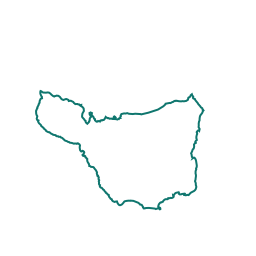 North West Malekula, Malampa, Vanuatu (Albers equal-area conic projection), rotated 309°
{"feature_id": "77236927B23242879306276", "entity_name": "North West Malekula", "entity_type": "district", "adm_level": 2, "iso_a3": "VUT", "parent_name": "Vanuatu", "parent_adm1": "Malampa", "projection": "albers", "projection_center": [167.222, -16.023], "detail": "fine", "context": "isolated", "style": "outline", "palette": "teal", "viewbox_px": 256, "rotation_deg": 309, "n_neighbors": 0, "source": "geoboundaries", "source_scale": "gbopen_adm2", "svg_char_len": 5751}
<svg xmlns="http://www.w3.org/2000/svg" viewBox="0 0 256 256"><g transform="rotate(309 128 128)"><path d="M170.5,141.9L169.8,142.2L167.1,141.8L161.2,139.7L152.7,134.2L146.9,129.7L146.8,129.1L143.6,124.6L141.9,123.0L139.6,119.7L139.1,118.1L137.6,116.9L136.9,115.8L134.7,114.1L132.9,114.5L132.7,115.0L131.4,115.2L130.7,115.4L130.7,115.6L129.8,115.0L129.3,115.2L129.2,114.9L128.0,114.5L127.1,112.7L126.2,111.5L126.6,111.4L128.3,111.8L128.5,111.0L128.4,110.2L128.0,110.3L127.7,110.0L127.0,110.3L126.8,110.7L126.3,110.8L125.1,110.0L125.1,109.6L124.8,109.1L123.5,107.7L123.5,106.7L122.9,106.1L123.0,105.8L122.5,104.9L122.6,103.7L120.2,104.2L119.4,104.0L118.9,104.1L118.0,103.0L117.6,103.1L117.3,102.9L117.1,102.3L116.5,101.9L115.9,102.0L116.0,101.8L115.0,101.3L114.6,100.3L114.0,100.3L113.7,100.0L113.3,99.9L113.1,99.3L113.2,97.5L114.1,96.8L113.9,95.7L114.6,94.7L114.9,94.0L115.0,93.5L114.8,93.2L115.2,92.1L115.3,91.4L116.9,90.6L116.5,89.1L115.4,88.7L115.2,89.0L114.6,89.4L114.2,90.2L113.8,92.2L113.2,92.3L112.8,92.1L111.4,92.3L110.6,92.7L110.0,93.3L108.6,93.8L108.4,93.6L107.6,93.9L105.7,93.7L105.8,91.8L106.5,90.7L106.8,90.6L106.8,89.5L107.2,88.4L107.6,85.7L108.2,84.9L110.5,83.5L113.5,83.0L115.3,81.2L115.7,79.2L115.5,77.7L116.5,77.1L115.9,76.6L115.4,77.0L115.3,76.0L115.6,75.3L114.9,74.2L114.9,73.7L114.6,73.3L113.4,72.0L113.5,70.9L113.4,70.3L113.8,69.1L113.2,66.4L111.7,65.0L112.1,64.5L112.3,64.0L111.8,62.0L111.4,61.5L109.1,60.1L108.7,58.6L108.7,57.7L109.3,55.5L109.2,53.7L108.2,52.1L107.1,51.5L106.6,50.9L106.0,50.8L105.7,49.5L105.7,47.4L105.9,46.2L105.8,44.4L105.1,43.2L103.8,42.0L102.2,39.8L102.0,39.1L102.0,37.6L101.7,36.8L100.9,37.1L99.5,38.3L98.4,40.2L98.0,41.6L97.5,41.9L97.1,42.4L97.0,42.5L96.0,41.8L95.4,41.8L93.3,42.4L92.0,43.4L91.6,43.3L90.9,43.6L90.2,43.6L89.8,44.0L87.1,44.5L86.7,45.0L86.2,44.9L85.7,45.2L84.9,45.3L84.3,45.6L83.4,45.8L81.3,47.7L80.5,48.9L80.1,50.1L77.8,51.2L77.3,52.0L77.1,52.6L77.2,52.9L77.6,53.6L77.5,53.8L76.6,53.9L76.2,54.5L75.7,55.8L75.5,58.5L74.9,59.4L75.0,60.2L74.9,61.0L75.0,62.2L74.6,62.8L74.6,65.4L74.2,66.1L74.4,67.9L75.0,69.5L75.3,69.7L75.2,71.5L75.7,73.6L75.6,74.1L76.8,76.1L76.9,76.5L76.6,77.1L76.7,77.7L77.6,78.9L77.5,79.6L77.7,79.9L78.6,80.9L78.4,81.8L78.7,82.5L78.9,83.4L78.7,84.7L78.8,85.0L78.7,86.0L78.5,86.4L78.9,87.8L79.3,88.7L79.4,89.9L80.0,91.1L79.9,91.8L81.1,93.9L81.8,95.9L82.4,96.3L83.2,97.4L83.5,98.2L84.2,98.3L84.6,98.8L84.7,100.6L84.3,101.6L83.5,102.1L82.8,102.4L81.7,103.5L80.6,104.8L80.3,106.3L80.5,106.7L80.9,107.0L81.6,107.0L81.9,107.8L81.8,108.9L81.3,109.5L79.4,109.8L78.7,109.7L78.8,110.2L78.5,110.0L78.2,110.2L78.1,110.8L79.1,112.0L79.2,112.5L79.0,112.8L78.7,112.9L78.4,113.5L78.6,114.4L78.3,114.8L78.2,115.3L78.3,115.8L76.8,117.0L76.0,118.5L75.7,119.5L75.7,119.9L75.2,120.4L74.5,121.6L74.1,121.9L74.5,122.5L74.6,123.0L74.5,123.7L75.7,125.4L75.8,126.5L75.5,127.0L74.9,130.0L74.4,130.8L74.1,131.8L73.2,132.2L72.0,133.8L72.1,134.4L71.5,134.5L71.4,134.8L71.6,135.1L71.6,135.5L71.2,136.4L69.9,137.1L69.5,137.7L69.5,138.1L69.3,138.5L68.2,138.8L67.6,139.7L66.3,140.6L65.9,141.3L66.0,142.2L65.0,142.7L64.6,143.5L64.5,144.2L65.0,145.2L64.8,146.2L64.8,146.6L64.5,147.2L64.7,148.3L64.1,149.9L64.1,151.1L63.7,151.6L63.9,152.7L63.5,154.1L63.8,154.7L63.9,155.1L63.8,155.3L63.2,155.7L62.5,157.0L62.3,158.5L62.0,159.1L62.3,159.8L62.4,160.3L61.8,161.0L61.6,162.2L62.1,164.1L62.8,164.5L64.0,165.6L63.0,167.3L62.6,169.0L62.6,169.5L62.9,170.3L63.5,170.8L64.9,171.4L67.1,171.5L68.4,171.4L69.0,171.6L70.5,172.8L72.0,174.3L72.9,175.6L73.1,175.6L74.8,178.1L76.4,183.2L76.3,184.2L76.4,184.7L76.1,185.6L76.9,187.0L76.0,189.6L75.7,189.7L75.6,190.5L75.4,190.8L76.1,191.7L76.5,191.8L77.2,192.4L79.1,194.6L82.3,199.6L82.5,200.6L84.2,201.7L84.9,202.5L85.1,202.9L84.8,203.5L84.8,203.9L85.3,204.2L85.6,204.0L86.1,203.3L85.8,201.4L85.9,201.0L86.3,200.7L88.1,200.0L90.1,200.0L91.0,200.4L91.3,200.9L91.9,201.0L92.6,201.5L93.3,201.3L94.8,201.4L96.0,201.8L96.6,202.3L97.5,203.5L98.2,203.7L98.8,203.4L99.7,204.6L100.3,204.8L100.8,205.7L101.5,206.3L102.1,206.6L103.0,206.8L103.6,206.6L103.9,206.2L103.8,205.7L104.0,205.5L104.0,205.9L104.3,205.9L106.4,205.7L107.6,206.0L108.9,206.9L109.5,207.6L109.5,208.1L109.8,208.1L109.5,208.8L108.9,209.1L109.0,210.1L109.8,211.0L110.6,211.4L112.7,213.4L112.7,213.5L112.3,213.5L111.4,213.3L111.2,213.6L112.1,215.3L113.4,216.2L114.0,217.3L117.2,217.5L120.7,219.0L122.1,219.2L123.1,219.1L125.2,218.2L126.0,217.2L126.4,216.5L127.0,216.1L127.9,215.2L128.9,213.5L130.3,213.0L131.5,212.2L133.2,211.2L134.2,210.4L135.2,209.1L137.0,207.7L138.9,207.0L139.1,206.6L139.3,206.4L141.0,205.9L142.2,205.0L145.1,201.8L145.8,200.9L146.5,199.5L146.7,198.3L146.0,197.6L145.4,197.4L145.8,197.3L145.9,197.0L145.7,196.1L146.0,195.6L147.6,193.9L147.9,193.1L148.7,192.8L150.0,192.6L151.7,191.9L152.2,191.8L153.3,192.0L154.2,191.6L155.2,191.1L156.7,189.7L158.3,189.6L159.1,190.1L159.4,189.8L159.5,189.1L159.8,188.9L160.9,188.8L161.8,189.1L162.5,188.5L163.1,187.5L164.3,186.6L166.1,185.7L167.0,185.5L168.0,184.0L168.5,183.9L168.8,184.1L169.4,183.9L170.4,184.1L170.8,184.6L170.7,185.1L172.3,184.3L173.1,182.3L174.5,181.4L176.0,180.1L177.8,179.1L178.8,178.9L180.7,177.5L182.1,176.7L183.2,176.3L186.4,176.2L188.3,175.6L189.1,175.6L189.1,175.2L189.3,175.0L189.1,174.5L189.8,173.8L190.1,173.2L189.9,171.6L190.4,170.4L190.4,169.7L190.7,168.6L190.7,167.8L191.2,166.7L192.0,162.8L192.6,161.8L192.4,161.4L192.1,160.1L192.3,159.5L193.2,159.2L193.4,159.0L193.8,157.3L194.4,156.4L192.9,156.1L191.8,156.5L191.1,156.5L190.3,156.3L189.9,155.9L189.3,155.9L187.7,156.8L185.7,156.2L184.1,154.8L183.6,154.2L183.3,153.6L182.1,152.5L180.9,150.8L179.9,148.9L179.6,148.4L179.1,148.2L179.0,147.7L178.1,147.0L176.6,146.6L176.2,146.2L174.3,145.4L173.9,145.1L173.7,144.6L170.5,141.9Z" fill="none" stroke="#0f766e" stroke-width="2"/></g></svg>